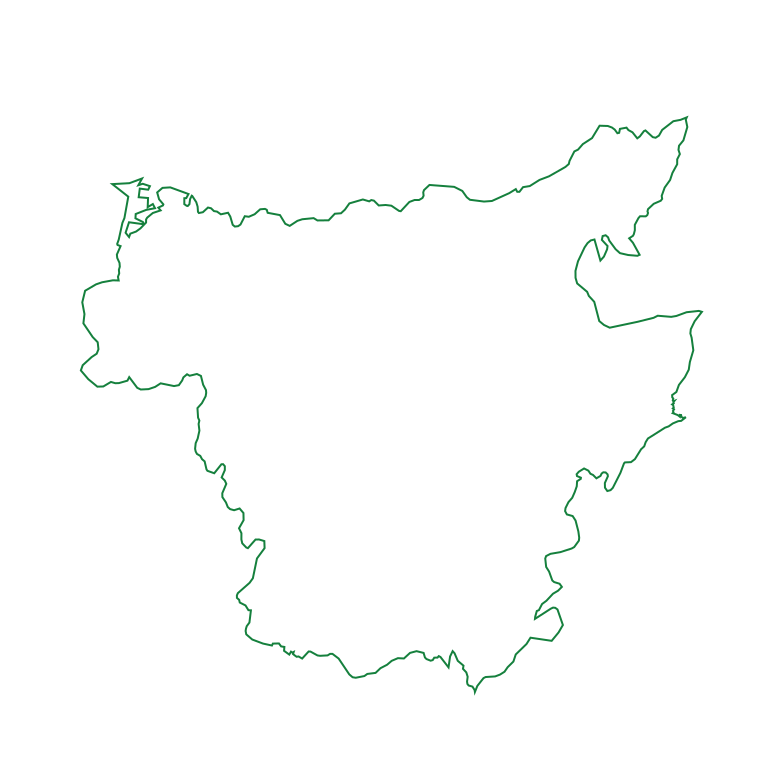 outline of Betioky Atsimo, Atsimo-Andrefana, Madagascar, rotated 186°
{"feature_id": "10022922B63491232053463", "entity_name": "Betioky Atsimo", "entity_type": "district", "adm_level": 2, "iso_a3": "MDG", "parent_name": "Madagascar", "parent_adm1": "Atsimo-Andrefana", "projection": "robinson", "projection_center": [44.506, -23.693], "detail": "fine", "context": "isolated", "style": "outline", "palette": "green", "viewbox_px": 768, "rotation_deg": 186, "n_neighbors": 0, "source": "geoboundaries", "source_scale": "gbopen_adm2", "svg_char_len": 6113}
<svg xmlns="http://www.w3.org/2000/svg" viewBox="0 0 768 768"><g transform="rotate(186 384 384)"><path d="M449.9,105.0L448.5,108.1L447.1,107.3L445.8,108.1L446.2,105.9L444.5,104.8L442.4,103.6L440.5,104.1L436.7,102.4L431.0,110.1L429.1,110.2L421.8,107.1L419.2,107.0L411.7,108.2L409.4,110.0L407.0,110.2L400.4,106.2L388.2,91.6L384.6,89.1L381.4,88.9L373.0,91.5L370.3,93.9L362.2,95.8L357.8,101.0L351.6,105.1L347.4,109.5L341.5,112.8L335.5,113.1L330.0,119.3L323.7,121.7L316.5,120.7L314.7,116.3L313.0,114.9L308.7,113.7L306.7,114.5L305.4,117.1L302.2,117.5L301.1,119.1L299.3,118.4L290.2,108.9L289.8,119.9L287.8,125.5L285.7,123.6L281.7,116.4L275.5,112.2L275.7,109.0L272.0,105.8L270.2,101.6L270.3,96.7L269.7,94.4L268.3,93.0L264.4,92.3L261.9,89.1L261.4,87.2L259.6,93.5L254.3,101.9L252.3,103.2L242.9,104.8L238.3,107.1L234.1,110.4L231.4,115.3L226.3,121.5L224.7,128.8L215.1,140.3L211.8,147.0L190.4,146.1L184.4,155.2L180.9,163.0L187.9,177.9L190.3,179.3L192.5,179.3L194.6,178.0L209.3,166.2L209.3,168.4L208.3,174.2L206.3,175.3L203.8,181.7L199.8,185.4L194.0,193.1L189.3,196.6L185.9,200.8L188.5,203.7L194.1,204.8L196.1,206.2L200.2,214.7L203.6,219.0L205.4,227.3L204.8,229.8L200.7,232.5L191.1,235.2L180.2,240.0L177.8,241.7L173.8,248.6L173.8,251.6L175.3,257.7L179.2,268.2L182.6,272.4L188.5,273.4L190.6,276.5L190.5,279.6L188.2,285.8L184.9,290.5L183.0,296.5L181.6,302.4L181.8,307.5L178.4,310.2L178.4,311.4L182.4,312.6L183.0,314.4L181.1,317.1L176.2,320.9L171.7,319.2L169.3,316.3L166.6,315.4L162.9,312.4L159.1,315.2L158.2,317.7L156.7,319.1L154.3,319.2L152.2,317.5L151.7,315.7L154.0,308.6L153.4,304.0L150.7,300.9L147.6,302.1L145.6,304.6L139.6,320.3L137.0,330.2L136.2,331.2L130.2,332.1L126.6,335.5L121.5,346.0L118.7,349.2L117.7,353.5L115.8,357.4L100.0,369.9L96.5,371.6L92.6,375.0L87.5,377.8L84.6,378.4L80.3,382.5L83.2,381.5L84.8,382.5L85.3,384.2L86.5,384.2L86.4,382.4L88.6,383.8L93.8,385.2L93.1,386.0L93.8,387.4L92.9,389.1L94.2,389.9L93.4,390.8L94.2,393.2L95.3,393.8L93.8,395.1L94.3,396.2L93.4,397.6L94.4,397.1L95.1,397.9L94.8,399.8L95.9,400.8L96.3,403.1L92.4,406.6L90.6,413.9L85.5,422.2L82.4,430.1L82.1,437.8L79.9,449.9L82.9,462.2L84.6,466.3L84.6,470.6L81.6,478.9L75.4,489.0L78.5,489.6L90.6,487.0L100.4,482.2L105.4,480.8L118.9,480.5L122.8,478.0L138.2,472.4L165.4,463.6L171.4,465.7L176.5,469.1L183.5,487.7L189.5,493.0L191.6,496.9L202.4,504.2L204.6,509.6L205.4,516.5L203.9,526.3L198.8,540.8L196.3,545.4L193.4,548.4L189.8,549.7L181.7,529.4L178.6,533.7L176.2,541.3L176.1,544.6L182.4,550.1L182.0,554.0L179.1,555.1L176.5,553.3L175.0,550.2L167.7,542.2L163.0,538.8L154.6,537.8L145.4,538.0L143.3,539.2L151.2,550.5L155.4,554.5L151.9,557.4L151.2,559.1L150.6,563.1L151.2,568.5L148.3,575.6L146.9,577.6L141.2,578.1L139.8,579.5L139.3,581.7L140.0,583.2L139.7,585.5L134.6,591.4L127.9,595.2L126.7,597.2L127.5,600.1L125.4,608.7L120.8,616.8L119.2,624.1L115.4,633.2L115.9,638.1L113.8,643.6L115.6,647.6L115.5,651.8L111.7,657.6L109.2,671.3L111.5,678.5L110.8,680.8L116.7,677.7L123.7,675.6L133.9,665.8L136.5,659.8L139.6,657.3L142.5,657.6L150.5,663.5L151.9,662.7L155.5,656.9L157.8,654.8L163.2,660.3L167.5,662.1L169.6,664.3L176.0,662.4L176.4,658.4L178.1,657.8L181.1,661.1L184.1,662.9L188.4,664.0L196.6,663.4L202.8,650.3L211.3,643.4L215.5,637.4L219.0,635.2L222.8,625.3L223.2,622.1L226.3,618.8L241.6,607.8L250.7,603.2L259.7,596.1L266.3,594.3L269.4,589.3L271.6,589.1L273.3,591.6L279.4,586.9L295.8,577.3L303.6,575.9L317.8,576.2L321.2,578.4L326.3,584.2L334.8,587.4L359.6,586.7L364.5,581.0L365.0,578.7L364.3,575.4L365.2,573.0L368.3,570.7L372.8,570.2L377.8,567.7L385.4,557.6L387.1,557.7L395.3,562.1L401.1,562.2L407.9,561.0L413.2,565.3L415.9,565.6L417.8,564.1L424.3,565.3L437.3,560.0L441.1,553.3L444.6,549.3L450.7,548.2L456.2,541.0L467.3,539.7L471.3,541.6L482.5,539.3L487.2,537.2L494.3,531.4L498.9,533.0L505.1,541.1L517.6,542.1L518.8,545.0L520.7,545.7L525.4,544.8L530.4,539.3L535.9,536.2L540.0,536.3L543.4,527.6L545.6,525.7L548.8,525.0L551.1,526.5L554.4,534.5L557.0,538.0L564.0,535.7L568.1,538.0L571.2,538.2L574.4,540.7L577.5,541.1L582.1,535.9L586.0,534.7L587.0,535.8L587.9,540.9L589.7,545.2L594.4,551.0L594.9,551.2L596.2,547.5L596.3,542.5L597.8,540.5L598.9,540.6L601.4,542.0L602.0,547.9L600.1,548.2L598.3,552.5L617.1,557.2L624.8,555.9L629.6,550.8L627.0,544.2L622.2,539.6L622.5,538.5L626.9,535.8L624.3,533.3L631.8,529.9L636.9,524.7L637.8,522.8L637.5,519.7L642.5,513.3L646.5,509.7L652.0,507.0L652.9,503.5L656.8,507.4L654.5,518.2L641.0,517.8L640.0,518.7L640.7,519.9L648.5,522.8L648.7,527.1L638.7,532.3L630.1,534.9L632.7,538.8L637.5,535.2L638.1,544.3L647.5,544.1L647.3,552.8L638.8,552.6L637.5,556.3L644.9,557.9L649.1,556.0L646.1,563.1L658.2,557.1L675.1,554.4L657.9,543.6L659.5,521.9L661.0,516.9L662.9,499.9L664.0,495.4L663.5,494.4L660.4,493.6L663.2,484.8L662.5,481.5L659.7,476.8L659.0,473.0L659.6,469.9L658.9,466.3L659.8,462.8L658.7,459.2L664.4,458.8L675.0,455.7L680.8,453.0L691.0,445.5L692.6,433.7L689.2,422.2L689.3,412.9L678.6,400.2L673.1,395.6L671.6,388.7L672.9,384.1L677.6,380.2L685.6,371.2L686.9,365.8L678.6,357.9L668.8,351.4L662.9,352.2L655.8,357.5L651.3,356.7L647.7,357.2L639.5,360.5L638.1,364.2L629.0,354.4L625.3,353.1L617.6,354.3L611.3,357.2L606.2,361.3L592.6,360.0L587.9,361.4L585.1,366.4L584.2,369.6L580.9,373.1L578.2,371.9L571.1,374.4L566.9,372.9L563.8,364.4L560.4,359.3L559.9,356.6L560.1,353.2L563.1,345.9L567.0,340.5L565.4,331.1L563.8,328.3L564.2,324.9L562.7,318.3L563.6,310.2L565.1,305.5L565.1,299.8L564.2,297.1L562.7,294.9L559.2,293.3L557.1,290.2L554.3,288.3L551.6,280.5L550.5,279.2L543.5,277.5L537.3,287.2L535.6,287.4L533.7,285.6L533.3,281.7L535.7,274.1L532.2,271.3L530.4,268.2L533.4,258.5L532.9,254.6L528.8,249.7L526.5,245.3L524.0,243.5L519.9,242.8L514.6,245.1L510.3,241.0L509.4,233.9L513.1,225.4L510.2,220.7L509.6,214.5L508.3,210.7L503.9,207.0L502.2,206.5L495.5,215.9L492.0,216.3L486.6,215.3L485.6,208.3L492.1,197.2L494.1,177.1L496.9,172.2L507.5,160.7L508.2,158.4L507.9,155.9L505.5,154.2L504.6,151.6L498.6,149.3L495.2,144.9L492.7,145.0L492.9,132.7L495.2,128.8L495.7,126.2L495.8,123.9L494.8,120.6L488.3,116.1L477.2,113.2L468.1,112.2L467.4,114.2L461.4,115.0L458.9,112.3L455.6,112.1L455.5,108.2L449.9,105.0Z" fill="none" stroke="#15803d" stroke-width="2"/></g></svg>